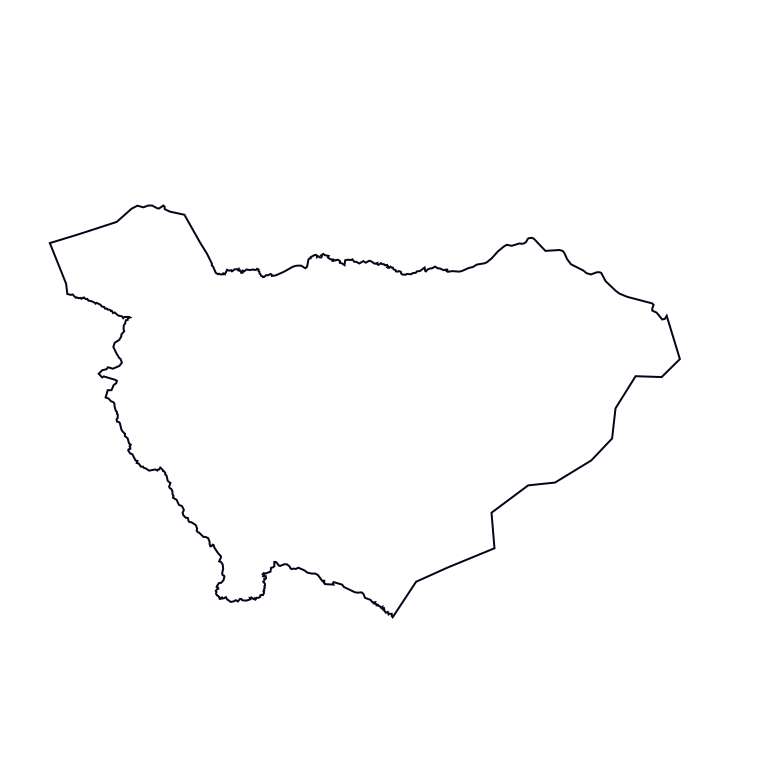 Tempane, Upper East, Ghana (orthographic projection), rotated 257°
{"feature_id": "2480657B5704764806917", "entity_name": "Tempane", "entity_type": "district", "adm_level": 2, "iso_a3": "GHA", "parent_name": "Ghana", "parent_adm1": "Upper East", "projection": "orthographic", "projection_center": [-0.066, 10.901], "detail": "fine", "context": "isolated", "style": "outline", "palette": "ink", "viewbox_px": 768, "rotation_deg": 257, "n_neighbors": 0, "source": "geoboundaries", "source_scale": "gbopen_adm2", "svg_char_len": 6162}
<svg xmlns="http://www.w3.org/2000/svg" viewBox="0 0 768 768"><g transform="rotate(257 384 384)"><path d="M386.9,674.8L384.3,672.3L384.3,669.6L392.2,665.7L395.2,661.9L397.3,662.4L400.4,664.5L402.2,663.5L414.1,640.8L419.0,633.9L422.7,630.7L434.4,623.0L443.2,620.7L444.3,619.4L445.0,616.4L444.2,610.3L446.4,606.3L449.8,603.7L458.6,593.1L464.5,590.5L471.2,589.2L473.5,588.0L475.1,585.0L477.4,571.2L491.5,562.9L493.1,561.2L493.5,557.8L493.1,556.7L490.4,554.4L489.5,552.1L489.6,549.9L490.5,547.4L489.9,539.6L492.0,535.0L491.0,531.7L487.5,524.7L482.2,517.2L479.4,511.4L479.0,508.9L479.5,501.5L478.0,496.9L478.0,492.9L476.5,484.9L476.7,482.1L478.6,476.1L479.0,471.3L480.0,470.4L480.8,471.4L481.4,471.2L481.6,467.5L484.2,464.2L484.4,462.7L486.9,460.2L485.9,456.7L486.2,455.1L485.8,452.4L484.3,450.1L484.9,449.6L488.3,449.7L486.0,444.5L486.3,441.3L485.2,440.0L485.6,436.9L484.8,435.1L486.1,431.1L485.6,429.7L486.5,426.6L487.4,425.7L489.6,425.6L490.7,423.8L490.4,422.6L491.1,420.9L492.2,421.0L493.6,419.1L495.4,418.8L495.7,417.6L496.9,416.7L496.0,415.0L496.2,414.2L497.1,413.4L497.6,414.6L499.4,413.7L499.5,411.7L500.8,410.8L501.1,409.3L502.4,408.3L501.3,405.4L502.2,404.4L503.4,404.8L503.2,402.1L506.4,399.1L507.4,397.4L506.3,393.5L508.4,391.5L507.0,387.0L509.2,384.6L509.8,382.5L512.6,381.2L512.2,379.5L513.2,377.0L513.3,374.0L508.7,372.3L511.1,370.0L512.1,368.2L513.6,368.8L515.0,367.6L515.6,366.5L515.3,364.4L516.4,363.0L515.3,362.4L515.5,361.4L517.0,361.5L517.7,359.7L519.8,357.8L521.3,358.9L522.7,355.5L524.4,354.1L523.5,351.7L522.6,352.3L521.4,351.4L521.8,349.9L523.3,348.6L522.7,347.2L524.3,347.4L525.1,346.9L525.2,345.1L524.0,340.9L523.0,340.8L523.0,339.3L522.1,338.3L515.5,335.4L514.5,333.4L518.0,329.8L519.0,325.1L518.8,321.7L515.8,311.4L514.2,302.9L514.5,299.1L515.8,299.2L516.7,298.3L516.1,295.6L516.5,293.4L515.4,291.5L515.3,290.2L516.3,289.9L516.8,288.7L518.8,288.3L519.5,287.6L521.5,287.8L522.3,287.1L523.7,287.6L524.8,286.2L524.0,285.2L524.4,283.0L525.0,282.4L525.2,278.9L526.5,275.7L525.2,273.1L526.2,271.9L524.3,271.3L524.3,270.0L526.9,269.5L526.9,268.5L528.8,268.4L528.0,267.3L528.9,266.9L529.3,264.0L528.0,261.5L528.1,260.9L529.2,260.8L529.4,258.3L530.6,256.8L526.7,253.7L527.5,252.9L527.2,252.3L527.9,252.0L527.2,250.7L527.6,249.3L528.6,248.0L528.3,247.0L530.1,245.1L536.8,243.9L538.2,242.9L539.9,243.4L550.9,240.8L562.9,236.7L593.8,227.6L600.2,214.0L603.7,209.7L606.2,210.1L607.5,209.2L605.6,204.2L606.3,202.5L610.0,198.3L610.9,194.4L610.3,189.3L613.2,183.8L611.6,177.5L602.1,160.1L598.5,119.2L596.5,90.1L553.3,96.8L542.9,95.7L541.3,99.0L541.3,100.7L537.4,103.1L537.5,104.1L536.4,105.5L536.1,107.8L535.1,108.3L535.9,110.4L535.6,111.3L534.9,111.3L533.6,113.1L533.6,114.1L531.8,114.7L530.2,118.1L527.8,120.9L527.2,121.0L527.6,122.4L525.1,125.5L523.0,126.5L521.9,128.8L520.2,129.1L519.8,130.9L518.7,131.4L518.2,133.1L517.4,134.2L516.6,134.2L516.4,135.3L514.0,136.0L514.3,137.7L510.5,140.4L508.8,144.0L506.8,144.7L507.7,146.2L506.7,150.7L505.9,151.6L505.6,149.2L504.1,148.7L504.2,146.9L501.0,145.2L499.7,143.6L495.6,142.5L493.9,142.8L491.4,139.3L489.4,138.7L486.6,136.0L484.8,130.9L481.0,128.6L474.0,130.2L469.1,131.8L467.4,133.0L463.7,133.4L461.1,130.1L459.9,123.2L462.4,118.9L460.8,116.8L460.8,112.6L458.2,108.3L453.8,110.9L454.4,112.7L448.5,123.1L447.1,124.5L444.9,123.1L443.9,120.5L439.3,117.1L440.1,113.4L433.5,109.7L431.8,112.3L428.7,114.1L427.0,116.4L425.3,116.9L422.8,116.4L418.3,116.6L416.8,117.5L415.1,117.1L414.2,117.7L410.8,116.9L409.8,115.5L407.4,115.4L406.4,117.3L405.4,117.8L398.6,117.9L396.7,118.5L393.7,120.4L391.6,119.8L388.7,122.0L383.5,122.2L381.7,123.6L380.5,122.1L378.8,122.5L377.8,122.1L377.8,120.5L376.9,119.8L373.5,121.0L372.2,123.0L365.3,124.7L364.6,126.4L362.6,125.3L361.8,127.0L358.1,128.6L357.7,130.6L356.5,130.9L355.2,133.0L352.4,135.7L352.2,142.0L350.7,143.6L351.4,144.3L351.3,145.6L352.9,147.2L350.0,149.1L349.0,149.1L348.8,149.7L346.7,150.9L345.2,150.4L343.6,151.5L338.2,151.5L335.6,153.6L332.2,151.5L330.9,151.8L329.6,153.1L327.3,153.7L324.5,153.2L322.3,153.7L320.7,152.8L317.9,155.8L312.4,157.0L310.4,159.7L306.9,160.6L306.1,160.6L303.9,158.8L301.2,159.0L298.3,160.7L297.6,162.8L294.7,162.7L293.4,163.2L292.5,165.4L288.8,168.9L285.2,169.4L283.1,168.4L281.4,169.4L280.9,170.3L275.6,173.7L275.1,175.8L273.3,178.0L269.6,178.6L267.4,178.1L264.9,178.3L264.8,179.5L266.0,181.0L265.5,181.7L262.4,182.0L256.4,184.3L252.9,186.3L251.8,186.2L248.3,183.5L247.3,185.1L244.6,186.2L240.4,185.8L235.7,183.6L233.9,183.9L233.3,185.0L232.3,185.2L228.8,183.4L226.9,180.6L227.2,178.4L224.8,175.9L223.9,175.3L223.1,176.4L221.8,176.5L221.7,175.3L220.2,173.5L219.1,174.0L217.7,173.2L216.1,173.5L213.8,175.4L211.6,175.6L211.4,176.3L212.5,177.6L212.4,178.2L211.4,178.1L211.2,179.9L211.9,182.0L209.4,182.7L206.1,185.7L206.0,188.5L206.7,191.0L205.0,192.7L207.0,195.3L206.5,196.8L205.6,196.9L204.8,198.1L203.9,201.5L204.3,205.4L205.7,205.2L205.3,206.2L205.8,206.7L203.9,208.4L204.3,209.8L203.2,209.7L202.8,210.2L204.3,211.9L203.9,213.7L204.5,215.5L205.8,215.8L206.1,216.9L205.6,218.6L207.4,220.1L209.1,219.9L209.4,220.8L211.1,220.9L212.4,222.1L213.7,221.9L214.6,222.8L216.4,223.0L218.5,221.8L219.5,223.3L221.2,223.5L221.0,225.1L221.4,225.4L223.4,225.5L223.9,223.1L225.0,224.1L225.8,223.0L226.8,224.2L226.0,225.9L226.7,231.2L230.3,232.6L230.3,234.3L231.1,236.2L235.2,237.0L235.2,238.0L234.4,239.0L230.5,240.9L230.1,241.9L230.8,246.3L230.1,248.9L227.4,251.0L225.2,251.5L224.5,252.3L224.5,254.2L223.6,256.5L224.3,259.2L220.4,264.4L217.4,267.0L215.5,271.0L214.8,274.3L212.8,276.6L206.1,279.5L205.8,281.5L204.4,281.3L204.3,280.6L202.3,281.4L199.9,289.7L201.6,289.5L202.3,290.4L197.9,298.1L195.3,299.2L187.7,308.7L186.7,311.0L186.0,315.3L184.1,316.7L179.9,317.4L176.7,322.3L173.7,323.7L173.4,326.2L172.2,325.2L171.2,327.2L170.0,327.0L169.9,328.6L169.1,328.6L168.4,329.9L166.7,330.8L167.2,332.2L165.8,331.6L164.8,332.2L165.9,332.8L165.7,333.6L162.5,333.5L160.7,334.5L161.1,336.4L158.5,336.6L158.9,337.7L158.3,339.8L156.2,339.4L154.8,340.0L184.1,370.8L190.8,404.4L199.1,454.7L234.4,459.8L252.8,501.7L249.5,528.5L262.9,568.8L279.6,594.0L308.2,604.1L335.0,630.9L328.3,656.1L341.7,677.9L386.9,674.8Z" fill="none" stroke="#020617" stroke-width="2"/></g></svg>